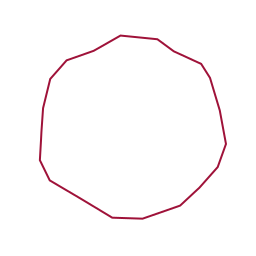 the district of Shaki City, Şəki, Azerbaijan, rotated 346°
{"feature_id": "54616110B24616396985677", "entity_name": "Shaki City", "entity_type": "district", "adm_level": 2, "iso_a3": "AZE", "parent_name": "Azerbaijan", "parent_adm1": "Şəki", "projection": "mercator", "projection_center": [47.188, 41.208], "detail": "fine", "context": "isolated", "style": "outline", "palette": "rose", "viewbox_px": 256, "rotation_deg": 346, "n_neighbors": 0, "source": "geoboundaries", "source_scale": "gbopen_adm2", "svg_char_len": 446}
<svg xmlns="http://www.w3.org/2000/svg" viewBox="0 0 256 256"><g transform="rotate(346 128 128)"><path d="M179.9,204.8L182.7,203.3L205.6,187.6L219.2,167.2L221.3,133.2L219.7,99.2L214.5,83.5L191.0,64.7L178.0,49.0L171.6,46.7L143.1,36.5L113.4,44.8L84.8,47.5L64.4,61.6L50.4,88.2L43.1,110.7L40.7,118.6L34.7,137.9L39.4,159.9L47.0,167.4L66.0,186.1L91.0,211.2L120.2,219.5L159.8,215.9L179.9,204.8Z" fill="none" stroke="#9f1239" stroke-width="2"/></g></svg>